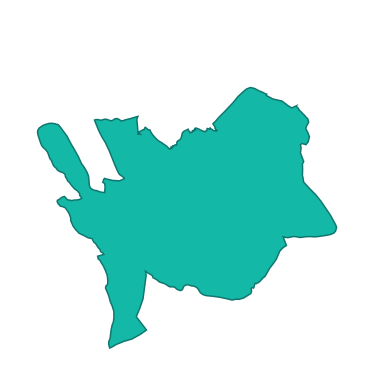 Mbeya Urban, Mbeya, United Republic of Tanzania (Equal Earth projection), rotated 158°
{"feature_id": "72390352B25057310038558", "entity_name": "Mbeya Urban", "entity_type": "district", "adm_level": 2, "iso_a3": "TZA", "parent_name": "United Republic of Tanzania", "parent_adm1": "Mbeya", "projection": "equal_earth", "projection_center": [33.492, -8.905], "detail": "fine", "context": "isolated", "style": "filled", "palette": "teal", "viewbox_px": 384, "rotation_deg": 158, "n_neighbors": 0, "source": "geoboundaries", "source_scale": "gbopen_adm2", "svg_char_len": 5970}
<svg xmlns="http://www.w3.org/2000/svg" viewBox="0 0 384 384"><g transform="rotate(158 192 192)"><path d="M285.9,81.1L290.4,97.2L284.1,103.6L277.5,111.2L265.7,132.0L264.8,136.0L263.5,133.8L260.2,129.6L260.2,127.0L258.9,125.6L257.2,123.3L256.2,121.1L253.8,118.9L251.7,117.3L249.2,113.8L249.0,113.3L248.4,113.0L248.3,112.6L248.0,112.3L247.5,112.3L247.5,112.2L243.9,110.5L242.2,107.1L239.5,104.8L237.5,105.1L234.8,107.7L231.7,108.1L229.7,106.9L227.9,105.3L225.7,104.1L223.8,102.3L222.8,100.3L222.0,95.5L220.3,92.8L217.8,90.7L212.3,87.8L205.8,84.1L199.3,79.7L195.3,76.8L191.3,76.1L188.3,74.8L183.7,74.4L176.9,75.6L175.7,75.7L174.4,77.1L173.8,78.0L173.4,80.1L173.0,80.5L172.4,80.7L171.7,80.6L171.2,80.2L171.1,79.9L170.5,80.2L167.9,83.6L167.5,83.5L167.0,83.2L166.7,82.9L165.3,83.2L164.2,83.1L161.4,84.2L157.6,86.1L156.7,86.0L154.2,87.7L148.7,92.1L142.8,95.6L139.0,98.1L133.0,104.1L130.5,105.4L128.1,106.4L124.5,107.0L124.3,116.3L122.8,115.2L120.4,113.8L114.5,112.7L112.0,111.4L109.0,109.4L102.3,107.6L98.7,106.2L95.2,104.5L92.7,103.7L88.2,102.6L83.4,101.4L79.1,100.7L75.8,100.8L73.5,102.0L71.2,105.0L71.1,107.8L72.3,118.5L76.0,135.5L78.4,143.3L80.9,149.2L84.8,159.4L84.0,162.4L83.3,166.3L80.9,171.7L79.1,176.6L77.0,178.4L76.8,187.7L74.3,192.0L73.8,195.3L71.8,195.7L68.6,193.2L65.5,195.0L62.4,199.2L62.4,205.1L62.7,205.9L62.7,208.5L60.4,210.8L57.7,213.0L57.3,215.7L57.3,215.8L57.3,216.7L58.5,219.4L59.1,221.4L60.0,223.1L60.4,224.6L61.7,227.3L62.2,229.9L63.2,232.6L62.9,232.8L68.0,232.6L70.8,236.3L74.4,242.5L82.2,248.0L87.0,253.7L86.1,254.8L86.8,255.2L89.6,258.5L91.9,260.6L95.1,264.5L98.7,267.0L102.7,267.1L107.6,265.6L113.7,263.2L120.2,259.6L131.3,254.5L139.3,251.1L144.0,248.6L146.9,247.6L146.9,246.6L146.6,245.1L146.4,244.1L146.5,243.3L146.8,242.4L146.7,241.2L146.4,240.7L145.6,240.0L146.1,239.4L146.9,239.3L147.3,240.1L148.9,240.6L149.1,240.8L149.4,241.5L149.6,241.6L149.9,242.6L150.5,243.1L150.9,243.2L151.0,243.7L151.2,243.3L151.9,243.4L152.0,243.7L152.0,243.9L152.2,243.7L153.1,244.5L154.1,245.2L154.5,244.9L155.1,243.6L155.5,243.2L156.0,243.2L156.5,243.5L156.9,243.5L157.2,243.2L157.6,243.0L158.0,243.3L158.6,244.2L159.1,244.4L159.7,244.9L160.0,245.6L160.4,245.9L160.6,245.9L161.4,246.8L161.6,247.3L164.4,249.9L165.1,250.0L165.8,249.7L165.9,249.3L165.5,249.0L165.4,248.5L165.4,248.1L166.4,248.3L166.9,248.8L167.3,248.7L167.6,247.7L168.0,247.8L168.3,248.5L168.7,248.7L169.0,248.3L169.3,247.4L170.0,247.2L170.5,247.4L170.8,248.0L171.8,247.8L172.1,251.7L173.0,251.5L175.2,251.5L177.2,251.2L178.2,250.8L179.1,250.0L181.5,246.6L182.1,245.9L183.2,245.2L183.9,245.0L185.4,244.8L186.5,244.5L187.5,243.7L188.0,242.3L188.5,241.7L188.8,241.4L189.0,241.7L189.5,241.7L189.6,241.9L189.8,242.0L191.1,241.8L191.3,241.7L191.7,241.9L191.8,241.9L192.0,241.7L192.4,242.0L192.7,242.0L192.8,241.8L192.8,241.4L192.9,241.2L193.0,241.2L193.3,241.5L193.5,241.4L193.6,240.4L193.9,240.2L194.0,240.2L194.1,240.6L194.3,240.7L194.5,241.2L195.0,240.2L195.3,240.3L195.4,240.7L195.4,240.9L195.5,240.9L195.8,240.6L196.0,240.4L196.2,240.1L196.4,240.1L196.6,240.4L197.0,240.5L197.5,241.9L198.2,243.6L198.8,244.9L199.4,245.5L201.5,248.9L203.9,252.0L204.5,253.1L205.9,256.5L206.6,258.4L206.8,258.6L207.4,261.4L207.7,263.1L207.7,265.1L207.9,265.4L208.4,265.6L209.4,266.4L210.0,267.6L210.1,267.9L211.1,269.5L212.0,268.9L213.2,267.7L213.4,267.7L213.6,267.9L214.3,268.1L215.6,267.8L217.7,267.7L218.4,267.8L218.9,267.4L219.0,267.1L218.5,266.2L218.3,265.2L218.5,265.4L219.0,265.5L219.5,265.4L220.5,265.8L218.2,272.4L216.0,279.8L213.9,282.4L221.2,283.1L226.9,283.9L228.0,283.9L230.9,284.3L232.4,286.6L234.0,288.2L236.1,288.8L237.7,288.3L240.0,288.2L241.8,289.5L243.2,290.8L244.9,292.0L247.0,292.4L249.2,292.5L252.7,294.7L254.2,295.2L255.5,295.2L255.5,284.5L254.9,276.7L253.8,270.2L253.3,261.4L253.4,245.2L253.2,239.3L252.9,236.3L252.2,234.5L251.1,233.1L249.7,230.7L249.7,230.0L251.6,229.6L255.1,229.5L261.5,232.6L264.5,234.8L266.6,236.2L268.0,237.4L269.3,236.7L270.2,235.2L271.1,234.4L269.8,232.6L270.6,229.5L273.2,224.2L276.5,226.0L278.4,227.6L280.1,229.2L281.5,229.8L283.5,231.8L284.6,233.8L284.8,236.0L284.0,238.8L282.8,242.5L282.0,245.7L281.9,249.2L282.5,254.4L283.8,259.8L284.1,266.9L285.3,276.7L286.0,280.9L287.0,290.8L289.9,301.9L290.8,304.5L293.9,306.9L296.3,308.3L298.7,309.1L302.0,309.5L305.0,309.6L309.6,308.6L311.7,307.2L312.9,305.2L313.5,302.1L314.0,294.2L314.0,291.7L313.3,288.9L312.3,287.0L311.6,285.2L311.0,282.7L311.1,279.0L311.3,276.5L310.6,273.8L310.6,271.1L310.5,268.2L309.7,266.1L308.9,264.7L308.6,262.9L307.8,261.5L306.2,259.7L304.4,258.3L303.4,256.5L303.2,255.5L303.6,253.9L303.6,253.0L303.5,252.2L303.2,251.3L303.1,251.2L303.2,249.1L302.1,246.6L301.0,242.5L299.7,238.9L297.8,235.9L296.9,233.2L296.9,232.0L297.3,231.5L297.3,230.6L297.1,229.7L296.7,228.8L296.7,228.6L296.8,228.4L296.7,227.9L296.7,227.4L297.4,227.2L298.2,227.4L299.1,227.2L301.3,227.6L302.6,228.1L303.1,228.2L304.1,228.6L305.2,228.9L306.4,228.9L307.6,229.6L307.9,229.7L308.1,230.1L308.6,230.5L309.5,230.8L310.2,231.4L310.7,232.0L311.2,234.0L312.1,235.7L314.7,235.9L314.9,236.0L314.8,235.9L317.1,235.1L319.9,234.7L320.6,233.8L320.5,231.2L319.4,228.2L317.2,226.7L315.5,224.9L314.5,221.1L314.0,217.1L314.2,213.4L315.2,210.9L315.0,204.4L313.8,200.4L312.2,196.1L308.1,191.6L305.7,188.7L304.0,187.4L302.1,186.2L302.0,185.8L302.0,184.7L302.0,183.6L301.9,182.7L301.5,181.7L300.7,180.3L300.2,177.7L300.2,177.3L300.1,177.0L299.9,176.0L299.4,174.4L298.8,173.1L299.1,171.7L298.7,170.3L298.1,169.8L297.5,169.1L297.5,168.3L297.1,167.2L303.6,167.8L303.6,167.2L303.8,166.3L304.0,165.8L304.1,165.1L303.4,164.1L302.8,162.6L302.7,160.8L301.9,156.7L301.7,151.4L301.8,146.7L302.7,143.2L303.8,140.2L304.9,138.0L307.3,136.9L308.2,135.1L308.1,131.4L308.1,126.5L308.9,120.9L308.7,116.3L309.2,110.5L311.2,105.3L313.5,101.1L316.0,98.4L319.0,93.9L321.2,89.9L322.7,87.0L325.1,84.6L326.2,82.3L326.7,79.3L326.7,78.1L324.0,78.3L319.5,79.0L313.8,79.0L311.9,79.1L302.9,78.2L293.1,79.4L285.9,81.1Z" fill="#14b8a6" stroke="#0f766e" stroke-width="1.5"/></g></svg>